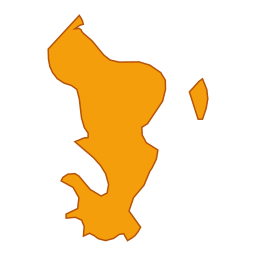 SVG path tracing the border of Mayotte
{"feature_id": "FRA-4602", "entity_name": "Mayotte", "entity_type": "Overseas department", "adm_level": 1, "iso_a3": "FRA", "parent_name": "France", "parent_adm1": "", "projection": "orthographic", "projection_center": [45.141, -12.818], "detail": "fine", "context": "isolated", "style": "filled", "palette": "amber", "viewbox_px": 256, "rotation_deg": 0, "n_neighbors": 0, "source": "natural_earth", "source_scale": "10m", "svg_char_len": 1131}
<svg xmlns="http://www.w3.org/2000/svg" viewBox="0 0 256 256"><path d="M149.9,65.2L160.7,72.6L165.3,80.2L165.5,89.4L162.6,101.2L147.5,123.7L141.8,127.3L142.2,135.0L146.3,142.7L157.9,150.1L156.4,159.0L152.2,167.7L149.8,171.3L144.0,185.2L133.5,197.7L129.0,211.0L140.6,227.2L138.0,231.8L135.3,235.3L132.1,237.9L127.5,240.6L123.7,233.7L119.3,234.4L113.6,238.4L105.6,240.6L98.4,238.7L93.7,235.3L89.5,233.3L83.4,236.1L84.2,226.6L81.7,220.2L75.5,217.3L66.1,218.1L66.1,214.1L77.7,208.5L78.9,197.7L73.1,187.4L61.1,180.9L62.9,177.4L67.8,174.2L74.9,173.6L78.8,176.0L90.3,189.6L101.1,196.0L107.1,193.0L108.6,184.5L105.6,173.6L100.5,165.5L93.7,157.8L74.9,141.7L83.9,138.0L88.1,137.6L88.1,133.1L84.3,127.5L81.5,117.9L79.3,98.8L76.9,89.5L71.3,85.4L64.1,83.1L57.3,78.7L52.7,72.7L49.9,66.7L48.5,59.3L48.2,49.1L79.3,15.4L81.8,19.5L82.6,21.5L83.3,24.3L80.5,25.0L78.8,25.9L74.9,28.8L79.1,28.4L81.0,29.7L81.9,31.7L83.3,33.3L92.0,40.8L103.7,55.0L110.0,60.0L119.0,62.1L139.0,61.9L149.9,65.2ZM189.4,91.9L199.0,81.4L202.5,78.8L206.8,89.6L207.8,98.9L206.2,108.3L202.5,119.2L198.1,119.2L189.4,91.9Z" fill="#f59e0b" stroke="#b45309" stroke-width="1.5"/></svg>